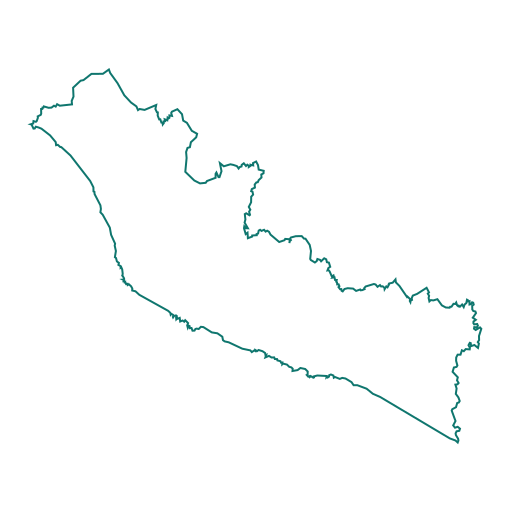 the district of Aquila, Michoacán, Mexico
{"feature_id": "50627088B41221510425691", "entity_name": "Aquila", "entity_type": "district", "adm_level": 2, "iso_a3": "MEX", "parent_name": "Mexico", "parent_adm1": "Michoacán", "projection": "equal_earth", "projection_center": [-103.31, 18.385], "detail": "fine", "context": "isolated", "style": "outline", "palette": "teal", "viewbox_px": 512, "rotation_deg": 0, "n_neighbors": 0, "source": "geoboundaries", "source_scale": "gbopen_adm2", "svg_char_len": 6060}
<svg xmlns="http://www.w3.org/2000/svg" viewBox="0 0 512 512"><path d="M459.7,401.0L458.4,397.4L455.8,393.9L456.6,388.5L455.4,384.6L457.5,384.3L458.6,383.0L457.0,380.3L457.8,377.3L452.6,371.8L453.9,367.5L456.5,366.9L457.4,365.5L456.1,360.8L456.2,357.5L457.6,354.7L460.5,354.7L461.9,350.3L463.8,351.2L465.7,349.1L469.7,349.4L469.9,347.8L468.5,345.2L469.8,342.8L470.7,343.1L471.1,346.1L474.4,345.0L478.0,347.9L478.9,343.6L477.8,342.1L479.1,340.1L479.0,336.0L481.3,328.8L480.0,327.4L475.7,330.0L474.0,328.7L474.3,327.1L476.7,327.4L477.9,325.7L477.2,324.0L474.2,324.4L473.4,323.2L473.5,321.5L475.8,319.8L472.8,317.7L476.0,313.1L475.4,311.5L473.3,311.0L472.3,309.5L472.2,305.8L473.7,304.6L473.2,302.7L472.1,302.3L471.0,304.1L469.5,304.5L469.5,301.1L468.0,301.4L467.9,300.2L467.0,299.7L466.3,303.1L464.6,304.5L463.7,307.1L462.1,304.5L459.9,306.7L458.8,305.7L458.3,306.3L457.1,305.3L456.2,302.5L455.2,304.0L453.5,303.8L451.5,306.7L450.1,306.8L449.6,307.7L445.8,307.5L441.9,305.4L437.4,299.2L433.4,300.4L430.8,300.1L429.4,301.4L428.6,297.9L429.1,295.8L427.8,293.6L429.0,292.4L426.6,287.8L417.1,293.9L412.8,295.6L411.7,298.2L412.0,299.9L410.7,300.4L410.4,302.1L409.8,301.0L410.1,299.1L407.4,296.5L407.0,297.0L399.4,285.9L395.9,282.4L395.5,279.4L392.7,282.7L389.1,283.5L388.6,284.4L389.3,285.4L388.7,285.1L387.5,287.3L386.3,286.4L384.6,289.2L384.4,287.7L382.7,286.3L381.1,286.5L380.0,285.1L377.5,286.8L375.6,284.5L373.9,284.0L365.6,286.5L364.2,288.2L364.6,289.1L362.3,290.1L360.7,290.3L360.2,289.5L356.1,290.9L353.1,288.6L347.7,288.2L344.5,289.0L342.7,291.4L341.6,290.8L341.3,289.1L340.1,289.2L338.5,287.1L339.4,286.2L338.6,284.3L337.2,284.4L337.0,282.3L336.2,281.7L336.7,280.0L335.0,279.9L334.5,277.3L333.2,277.5L333.9,276.9L333.5,275.4L331.8,276.4L329.6,271.4L328.6,270.2L327.5,270.4L328.4,268.0L330.2,266.8L328.9,262.6L326.9,262.2L326.2,259.3L324.2,258.3L321.1,261.3L320.1,259.9L317.4,259.0L316.7,261.1L314.9,262.5L310.8,260.0L310.2,258.9L311.0,251.0L309.7,244.9L305.5,238.7L304.0,238.6L301.7,236.1L295.8,236.2L290.9,237.5L290.0,238.7L290.9,240.1L289.7,241.2L289.4,243.1L289.7,240.3L289.1,239.2L285.2,238.9L284.5,240.2L279.2,242.0L270.5,234.6L269.0,231.8L267.2,230.7L265.6,231.6L264.1,229.8L261.5,230.9L260.1,229.8L258.7,230.6L258.1,233.5L256.6,234.1L256.7,235.2L252.2,235.5L252.1,236.6L247.9,238.2L247.5,232.7L245.7,234.1L244.0,228.2L244.3,226.4L245.8,228.2L247.9,228.3L244.6,222.6L245.4,219.5L244.8,214.1L246.2,213.3L249.5,215.3L250.0,214.8L249.1,211.7L250.3,209.7L248.8,206.9L251.1,202.3L251.2,196.7L253.1,194.6L252.5,191.7L251.2,191.2L251.8,189.1L254.9,187.6L254.7,184.5L256.4,182.4L257.8,182.2L258.7,180.1L261.5,177.5L261.3,174.5L263.5,173.3L263.7,170.8L258.7,169.6L258.0,165.1L256.1,161.5L253.0,163.1L253.2,165.4L250.5,164.7L250.6,165.8L248.8,167.0L248.8,165.8L247.3,164.7L246.0,166.0L243.8,163.3L241.7,164.9L241.5,166.5L239.6,167.1L238.6,168.5L236.9,166.1L233.3,164.9L230.4,164.3L223.8,166.3L219.9,163.1L221.5,171.2L219.5,177.1L218.5,177.1L216.4,172.5L215.6,173.8L215.6,177.8L207.0,181.0L205.7,182.8L200.0,183.4L194.3,180.5L185.3,171.8L186.6,158.0L186.1,152.0L187.5,147.9L189.9,147.2L190.9,142.2L196.2,137.3L197.1,133.8L191.8,130.8L186.9,122.8L183.2,120.6L182.0,114.2L177.4,109.2L171.9,111.7L171.2,113.0L172.0,115.9L169.4,115.4L169.4,117.8L168.6,118.4L167.6,117.6L167.3,120.3L164.7,119.3L165.1,121.2L163.6,121.4L163.8,123.1L162.8,124.4L162.6,122.7L161.4,122.6L160.3,119.3L159.2,119.4L157.7,115.6L157.8,112.4L156.9,112.2L155.4,109.0L156.2,105.0L144.6,109.9L139.6,109.0L138.0,110.1L136.4,106.4L131.0,102.5L124.3,95.3L117.5,83.1L110.2,73.0L108.9,69.5L102.9,73.8L91.4,73.9L83.5,80.1L80.6,80.7L73.1,87.7L73.5,96.6L71.7,100.9L72.0,104.4L59.8,105.7L57.1,104.2L55.7,106.6L54.0,105.7L51.5,107.6L48.6,107.8L43.8,106.4L43.4,107.6L42.5,107.6L42.3,108.9L41.1,109.0L41.2,113.7L40.7,114.9L37.7,116.4L37.9,117.8L36.7,121.1L35.9,121.8L33.5,121.1L33.2,123.5L30.7,124.3L31.6,124.6L33.5,128.6L34.7,128.5L35.8,126.7L38.6,127.5L41.5,128.7L50.1,135.4L55.7,142.1L56.1,145.2L57.8,144.8L60.2,147.0L61.3,147.1L70.5,155.5L90.2,181.0L93.4,187.3L93.5,191.4L94.4,191.8L94.6,194.1L100.4,205.3L100.9,208.9L100.4,212.3L102.7,214.7L109.8,227.6L111.1,234.8L115.1,243.7L114.7,245.6L115.9,251.0L114.9,257.2L116.0,258.0L116.9,261.4L118.9,262.9L118.4,264.9L120.6,266.1L120.6,267.8L121.3,267.3L122.2,269.4L122.7,273.6L122.5,275.3L122.1,275.6L122.0,276.0L121.9,276.0L122.9,276.3L124.1,278.4L123.9,279.5L122.9,279.6L124.1,280.2L123.6,281.4L125.1,281.6L124.8,282.6L125.7,282.9L126.1,284.1L127.5,283.8L127.7,285.0L128.9,284.3L131.1,286.3L132.3,288.5L132.2,290.5L135.5,291.3L139.3,294.8L168.1,310.8L170.3,312.8L170.7,314.7L171.4,313.9L173.0,314.8L173.5,316.2L172.9,316.9L173.1,317.4L174.2,315.8L176.0,315.4L176.8,316.1L176.1,317.3L176.3,319.3L177.4,318.1L177.8,318.7L179.7,317.9L180.2,321.5L182.6,320.5L184.2,321.7L185.2,320.2L188.1,323.1L187.2,325.4L187.7,327.3L188.3,325.5L189.6,326.1L189.7,328.2L191.5,328.0L192.5,330.7L194.5,330.6L195.4,329.0L196.6,328.6L198.7,329.0L200.9,326.8L203.4,327.1L211.8,332.4L217.4,333.3L222.3,336.7L223.0,340.2L224.7,341.4L228.7,342.3L242.3,348.7L250.4,350.4L251.8,352.1L254.3,350.4L255.3,351.0L255.3,350.0L257.1,351.1L258.6,350.0L262.5,351.2L265.1,353.0L265.5,355.1L266.3,354.8L265.4,357.4L269.0,355.9L271.5,357.5L274.2,357.4L274.8,359.0L277.1,359.1L277.4,360.4L280.4,361.2L281.1,362.7L282.4,362.5L282.3,364.3L283.1,363.6L287.0,364.6L289.2,366.8L291.4,367.4L292.7,368.7L292.5,371.0L297.6,370.1L300.4,368.0L305.2,369.0L307.7,371.5L307.6,374.6L306.8,375.0L308.3,376.7L309.7,376.1L309.9,377.0L310.9,376.2L313.3,377.7L314.0,377.4L313.8,376.4L317.3,375.5L326.7,376.0L326.5,377.3L327.1,376.8L327.7,377.5L329.0,376.6L329.2,375.2L330.9,374.5L333.4,375.5L333.8,377.7L335.0,377.0L339.8,378.9L342.2,377.9L345.5,378.5L351.5,382.1L353.6,385.2L357.3,385.2L366.6,388.7L372.9,393.8L380.2,397.0L449.8,438.4L455.5,440.5L457.7,442.5L458.4,440.6L458.1,438.7L455.9,435.1L455.6,433.3L456.6,431.3L459.3,430.8L460.0,428.7L457.7,426.8L455.0,427.7L453.2,425.4L455.5,421.0L451.7,410.6L452.3,409.2L456.0,407.2L457.2,403.0L458.8,402.5L459.7,401.0Z" fill="none" stroke="#0f766e" stroke-width="2"/></svg>